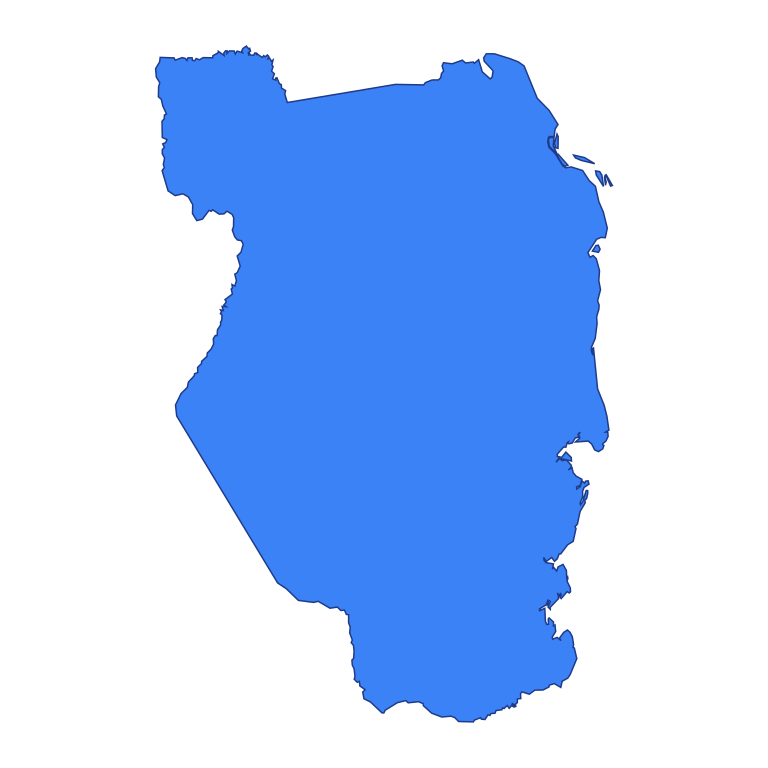 Buzi, Sofala, Mozambique
{"feature_id": "85939544B98429522964184", "entity_name": "Buzi", "entity_type": "district", "adm_level": 2, "iso_a3": "MOZ", "parent_name": "Mozambique", "parent_adm1": "Sofala", "projection": "equal_earth", "projection_center": [34.585, -20.074], "detail": "fine", "context": "isolated", "style": "filled", "palette": "blue", "viewbox_px": 768, "rotation_deg": 0, "n_neighbors": 0, "source": "geoboundaries", "source_scale": "gbopen_adm2", "svg_char_len": 6040}
<svg xmlns="http://www.w3.org/2000/svg" viewBox="0 0 768 768"><path d="M478.6,59.7L474.3,63.3L473.2,62.0L465.6,63.0L462.3,60.2L452.1,63.8L443.5,62.7L442.1,65.9L443.6,71.0L441.5,73.5L440.7,77.8L438.4,79.9L432.0,80.0L425.4,82.6L423.7,84.9L395.4,84.4L287.3,102.5L284.8,94.1L285.6,90.6L281.5,88.1L281.3,84.6L279.4,83.7L276.9,77.8L275.7,78.1L275.7,80.1L272.5,78.8L274.4,73.8L271.6,71.2L273.1,66.6L271.9,64.9L273.0,60.0L271.5,61.3L269.6,58.1L268.0,58.8L268.8,56.5L267.5,55.0L265.1,56.8L263.7,55.6L262.3,57.5L257.5,54.2L256.1,54.9L257.1,53.6L256.4,53.1L254.8,53.0L253.7,55.2L250.2,55.1L249.5,53.3L248.7,54.5L248.3,52.8L250.5,51.1L249.7,48.4L248.9,49.1L246.4,46.1L243.0,48.4L241.7,50.9L242.6,52.7L237.1,51.1L235.3,54.0L234.2,51.0L229.5,50.9L226.9,53.4L227.2,50.9L225.5,50.8L223.8,53.1L224.1,55.5L218.3,51.3L218.3,52.7L212.9,55.7L212.6,57.8L203.2,57.6L199.4,59.8L196.2,58.5L194.6,60.8L192.5,60.3L192.1,57.8L188.0,57.8L186.9,60.5L185.5,58.5L182.2,57.6L175.1,60.2L174.1,57.9L160.2,57.4L159.6,62.0L155.6,68.7L156.3,77.0L159.8,82.8L158.6,86.7L158.4,96.8L161.3,99.3L162.8,106.0L166.5,114.0L164.4,115.0L164.2,118.8L162.0,121.3L162.3,137.5L167.0,139.6L165.7,142.6L162.7,143.9L164.4,147.2L162.3,149.7L162.3,153.8L164.6,158.0L163.3,164.6L164.4,167.4L162.1,170.6L168.1,190.9L175.2,195.6L183.0,193.8L188.4,197.0L192.7,204.6L192.5,213.6L196.8,220.6L202.5,219.1L209.0,210.4L211.2,211.3L212.7,209.8L219.1,214.1L223.9,213.9L227.0,211.2L232.1,214.3L233.7,217.7L233.5,226.7L232.3,230.0L234.7,236.7L237.3,239.9L241.4,240.7L243.2,244.3L241.0,252.2L237.2,256.0L240.2,266.1L237.2,272.7L234.8,274.2L236.4,280.6L234.8,286.1L232.0,284.5L232.4,288.0L231.2,289.0L232.4,294.0L225.0,299.6L226.4,302.0L223.8,305.0L226.2,306.7L222.1,306.4L223.3,310.5L220.5,309.9L221.5,311.8L220.4,313.7L222.0,315.0L221.7,320.5L220.6,321.8L220.6,325.1L217.5,329.7L217.1,335.6L215.3,335.5L213.3,338.6L213.6,344.1L211.0,349.3L207.3,353.0L207.0,356.4L201.6,361.3L201.5,363.5L197.6,367.4L197.7,372.6L194.6,373.7L194.2,375.8L188.4,382.1L187.3,387.4L181.1,393.5L175.5,405.0L176.7,416.0L277.6,582.9L286.3,588.7L298.4,600.4L313.6,602.4L318.2,601.3L330.0,608.2L337.4,607.1L340.8,610.5L344.5,610.1L346.3,614.4L348.6,614.7L348.6,622.7L350.2,627.2L349.7,632.9L352.3,640.0L351.2,642.6L353.4,645.3L354.1,650.9L353.6,658.5L351.9,660.1L352.3,665.1L354.1,668.7L355.0,676.4L354.2,679.2L357.2,682.3L359.4,681.4L359.9,686.0L365.1,689.6L362.7,692.1L364.0,698.8L370.5,702.0L382.0,712.9L383.9,712.9L385.2,710.2L397.3,702.7L405.7,700.6L408.2,702.8L418.4,701.7L423.1,703.6L423.4,705.7L431.7,713.2L441.8,717.0L451.0,716.2L454.8,717.6L458.6,721.5L473.4,721.9L474.4,720.1L480.5,717.7L481.4,719.2L485.0,719.5L488.1,714.7L489.9,715.5L490.8,713.6L495.0,713.2L496.1,710.5L501.8,709.8L502.8,707.8L504.1,708.5L507.2,705.5L509.2,708.3L511.6,705.6L513.4,706.7L513.1,704.9L511.8,704.9L512.4,703.6L514.3,704.6L514.4,706.7L515.8,706.5L515.4,704.3L517.3,702.6L517.4,698.9L520.8,698.6L520.5,693.6L522.0,691.9L529.3,694.2L534.9,690.1L543.0,690.0L548.9,687.0L549.4,685.1L554.3,683.6L560.8,687.4L562.2,681.2L567.7,678.2L570.2,674.5L576.8,658.6L574.3,648.0L573.1,647.5L573.6,644.5L572.3,636.7L570.1,632.4L567.4,630.0L563.7,632.4L559.5,638.1L561.0,640.6L557.1,637.4L552.7,639.2L552.2,637.2L555.7,631.5L555.0,625.0L553.5,625.8L553.5,622.0L549.1,618.0L548.2,619.1L548.5,624.2L546.8,624.5L545.4,621.2L544.8,608.3L539.1,611.0L540.2,609.6L539.5,608.9L546.2,604.8L548.0,600.1L550.3,601.4L548.1,607.1L550.3,609.3L550.3,607.2L558.7,598.4L557.8,593.8L560.3,595.3L560.5,593.7L561.2,594.3L560.6,596.4L558.5,594.7L561.2,598.6L567.1,591.6L569.2,593.0L570.5,591.8L570.3,587.9L567.3,581.7L567.1,579.1L567.9,578.9L567.6,576.9L566.7,578.0L566.4,570.4L563.0,564.4L558.1,566.9L556.7,571.0L553.5,567.2L552.4,569.1L553.4,563.9L546.0,562.6L544.2,560.7L543.6,557.4L546.3,561.4L551.7,557.5L554.5,561.3L557.3,558.8L559.2,553.8L560.7,553.9L567.6,544.8L573.2,541.3L576.0,528.6L575.0,526.6L577.4,524.1L580.1,511.4L585.2,502.9L584.8,500.3L586.6,498.5L587.7,493.5L587.7,490.6L586.2,490.5L582.8,501.5L580.5,504.7L580.1,502.9L582.8,496.5L582.5,491.5L584.1,487.4L589.0,484.1L588.1,480.8L585.5,481.2L584.6,483.2L582.0,480.9L580.1,486.8L576.7,489.0L576.6,486.8L580.3,485.4L581.9,479.3L576.2,476.2L573.2,472.7L572.0,467.6L568.3,470.0L571.0,467.5L571.3,465.3L566.4,459.9L562.0,460.6L559.7,458.4L556.0,462.2L559.9,456.9L557.3,456.5L557.3,454.2L563.5,447.1L565.9,447.1L567.3,442.5L568.5,441.8L567.9,443.3L568.9,443.8L572.1,443.1L575.3,437.9L578.3,437.3L578.2,434.1L579.1,433.0L580.4,432.3L578.5,434.5L579.9,438.0L575.5,442.0L588.3,441.1L591.7,444.1L594.7,449.9L598.5,451.6L602.8,448.8L603.9,445.4L602.6,444.9L602.7,443.7L605.9,441.1L608.1,436.4L607.8,432.3L605.5,432.1L608.9,430.1L606.9,416.2L604.1,405.1L597.6,389.0L593.5,348.0L592.2,348.8L592.8,355.2L591.3,350.7L591.5,347.1L595.2,338.5L597.1,323.5L596.6,316.8L598.9,309.1L599.1,305.0L597.6,300.8L600.5,289.6L598.8,280.7L599.5,270.6L596.3,258.8L593.1,255.5L590.0,257.3L587.9,252.6L596.7,239.2L601.1,237.4L605.3,237.7L607.3,228.1L603.3,212.0L598.9,201.9L595.4,186.3L589.2,180.6L582.6,170.5L571.1,166.9L565.8,167.8L562.9,166.0L555.0,153.4L548.9,147.3L547.7,141.7L548.3,137.7L549.4,136.5L554.1,136.7L555.1,129.1L558.0,124.5L549.1,110.4L537.2,98.2L524.1,66.0L518.4,61.9L510.1,58.7L494.4,53.8L486.3,53.8L483.7,57.8L484.2,61.2L493.1,70.8L492.1,77.1L490.2,78.9L482.3,71.9L478.6,59.7ZM549.8,137.3L548.4,140.0L549.4,146.6L557.1,154.0L553.2,145.7L554.0,137.7L549.8,137.3ZM565.9,452.1L560.7,458.5L571.5,461.0L571.2,457.4L565.9,452.1ZM594.7,163.7L584.6,157.6L573.6,155.1L575.4,157.9L581.2,160.4L594.7,163.7ZM599.7,171.6L595.6,170.9L596.3,175.0L603.5,186.4L601.9,175.2L599.7,171.6ZM558.0,148.4L558.2,136.7L557.0,134.1L554.4,143.4L555.6,147.7L558.0,148.4ZM598.3,245.2L596.0,245.5L592.4,251.1L598.5,252.3L600.1,249.2L598.3,245.2ZM564.6,166.2L567.9,165.2L558.1,154.2L556.9,155.1L561.9,163.6L564.6,166.2ZM606.2,174.7L605.1,175.3L604.5,177.5L605.5,185.2L606.2,181.9L604.9,177.4L606.1,175.7L610.6,186.1L612.4,185.5L606.2,174.7ZM547.3,604.8L548.1,603.5L548.2,601.3L547.1,603.1L547.3,604.8Z" fill="#3b82f6" stroke="#1e3a8a" stroke-width="1.5"/></svg>